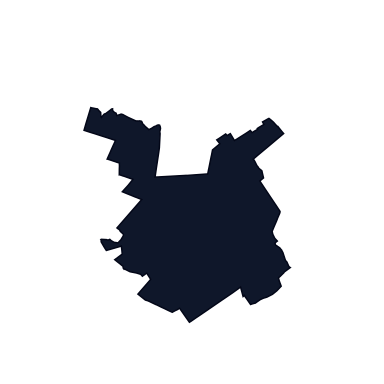 outline of Conkal, Yucatán, Mexico, rotated 229°
{"feature_id": "50627088B39566324417848", "entity_name": "Conkal", "entity_type": "district", "adm_level": 2, "iso_a3": "MEX", "parent_name": "Mexico", "parent_adm1": "Yucatán", "projection": "orthographic", "projection_center": [-89.502, 21.075], "detail": "fine", "context": "isolated", "style": "filled", "palette": "ink", "viewbox_px": 384, "rotation_deg": 229, "n_neighbors": 0, "source": "geoboundaries", "source_scale": "gbopen_adm2", "svg_char_len": 4324}
<svg xmlns="http://www.w3.org/2000/svg" viewBox="0 0 384 384"><g transform="rotate(229 192 192)"><path d="M204.1,89.0L197.5,103.2L194.4,101.1L190.9,98.6L191.6,89.3L181.1,91.2L179.8,90.2L178.5,90.1L178.6,90.4L172.5,92.9L168.0,96.4L168.0,96.5L163.5,99.3L161.0,99.3L160.9,100.5L160.7,102.1L160.7,102.7L160.7,103.3L160.6,103.9L160.6,104.5L160.4,104.6L153.6,103.6L153.4,103.6L153.3,103.3L153.1,103.2L150.4,84.2L149.3,84.4L146.1,85.0L141.1,85.9L138.7,87.4L137.4,88.0L130.9,90.8L130.0,91.3L126.0,93.0L125.7,93.1L122.4,94.6L117.7,96.6L114.2,98.2L113.5,101.5L113.4,101.7L112.7,104.2L112.6,105.8L112.4,106.4L103.1,105.4L95.4,104.6L95.1,106.4L94.7,110.1L94.5,112.1L94.2,114.4L94.0,116.0L93.1,123.6L90.7,144.6L90.6,145.4L89.3,156.4L88.4,166.3L79.6,162.0L79.6,162.8L79.7,163.6L77.1,163.3L74.9,163.1L68.7,162.4L68.2,163.7L67.1,166.0L66.6,166.9L66.4,169.2L66.0,172.9L65.0,176.3L64.2,178.0L63.5,179.6L62.9,182.0L62.0,185.6L61.8,191.2L62.2,195.4L62.4,197.5L64.2,198.2L66.1,198.9L68.3,199.8L70.4,200.9L70.5,201.2L70.5,203.3L70.7,206.1L70.8,208.2L71.1,209.2L70.5,216.6L71.5,216.3L72.5,216.3L77.0,217.7L78.2,217.6L79.3,217.8L79.7,217.9L86.8,220.9L88.5,221.2L89.1,221.5L90.9,221.5L92.0,221.6L93.8,221.2L94.6,220.9L95.9,220.7L97.0,220.2L99.0,221.1L99.1,222.2L99.0,224.2L102.8,224.1L107.3,225.3L107.7,225.6L109.7,226.6L112.0,231.2L113.2,233.7L113.9,235.2L115.1,237.6L116.1,239.4L117.0,241.3L117.9,243.2L118.4,244.2L119.0,245.1L119.3,245.4L119.4,245.5L119.6,245.7L121.6,246.0L121.8,246.0L127.7,246.8L127.9,246.8L135.7,247.8L135.9,247.8L142.0,248.6L146.8,249.2L155.8,250.4L155.7,255.2L157.8,256.3L161.0,258.0L162.0,258.6L162.7,258.6L165.9,258.0L166.6,258.1L167.6,258.3L169.3,258.3L173.9,259.5L174.7,259.6L175.4,259.8L176.7,259.7L176.6,262.2L176.6,265.3L176.5,270.7L176.4,275.8L176.3,280.4L176.2,286.9L176.0,299.5L178.2,299.5L180.9,299.6L182.8,299.7L183.0,299.7L183.4,299.7L183.6,299.7L183.8,299.7L184.7,299.8L185.1,299.8L185.1,299.5L185.6,299.5L185.9,299.4L189.1,299.3L189.4,299.3L191.1,299.3L194.2,298.9L197.0,298.4L197.2,298.1L198.6,291.2L195.8,290.6L196.8,285.1L197.1,282.9L196.2,282.7L196.9,279.4L197.4,276.3L200.2,276.4L200.8,271.6L202.6,259.9L203.0,257.8L210.9,259.2L211.6,255.5L213.7,255.5L214.6,248.2L214.7,247.4L214.9,246.2L215.1,244.9L210.1,244.7L210.3,235.1L206.5,230.3L206.5,230.2L198.3,219.6L198.2,219.4L195.3,215.7L195.6,215.3L195.7,215.2L207.4,199.6L207.6,199.3L207.9,199.0L208.2,198.7L217.5,186.7L222.4,180.4L225.1,176.9L227.5,173.9L233.7,181.1L242.8,191.8L246.7,196.3L257.0,206.2L258.7,207.3L259.9,209.0L260.6,209.9L262.0,210.8L263.7,211.4L264.7,210.6L265.3,209.4L265.4,208.3L266.2,206.3L266.6,203.2L267.4,200.3L268.1,200.3L272.3,199.7L274.4,199.7L276.0,199.5L277.3,200.1L278.5,200.3L280.0,199.2L280.6,198.3L282.4,196.3L290.3,192.7L294.2,191.2L295.9,190.6L297.3,189.6L297.9,188.0L299.0,185.4L299.5,185.6L301.3,186.4L302.6,185.8L304.2,185.5L305.5,185.6L306.6,186.3L306.9,186.6L307.4,185.7L307.4,184.0L307.8,178.2L308.4,177.0L308.3,175.9L307.7,172.5L308.5,172.7L310.6,174.2L312.0,175.3L314.6,175.1L316.7,175.2L318.1,174.0L320.6,172.1L321.1,171.6L322.1,171.0L313.1,156.7L309.4,151.0L304.4,154.0L301.0,156.1L300.4,156.5L293.9,160.4L293.4,160.7L288.5,163.7L281.1,168.1L280.7,167.2L279.7,165.1L278.6,162.6L277.9,161.1L276.8,158.7L276.3,157.7L275.1,155.2L274.4,153.6L274.3,153.4L274.2,153.2L273.5,151.7L272.5,149.6L272.4,149.7L271.3,150.4L268.3,152.2L267.9,152.4L266.9,153.0L264.9,154.2L264.3,154.5L263.8,154.8L263.3,155.1L262.7,155.5L261.5,156.2L260.8,155.6L260.6,155.4L260.4,155.2L260.1,155.0L259.0,154.1L257.2,152.4L252.7,148.4L252.6,148.6L252.2,148.8L251.9,149.0L251.6,149.2L251.4,149.3L251.1,149.5L250.7,149.7L250.2,150.0L249.9,150.2L249.6,150.3L249.3,150.5L248.9,150.8L247.9,151.4L241.9,154.8L240.3,155.8L240.2,155.7L239.8,153.0L238.9,147.9L238.6,145.3L238.3,142.7L237.9,139.6L232.5,142.3L231.8,142.7L230.7,143.2L229.7,143.8L228.6,144.3L227.2,145.0L225.8,145.7L224.4,146.5L223.0,147.2L220.5,148.5L219.3,149.1L214.1,111.8L212.8,112.0L211.7,112.4L210.6,112.4L209.6,112.1L207.9,112.2L205.9,112.5L204.9,112.4L203.9,111.2L203.4,109.5L202.9,107.9L202.6,107.4L202.4,104.9L202.3,104.3L202.2,102.6L203.2,101.9L204.0,101.2L205.1,100.2L205.6,100.0L208.3,99.1L210.2,98.9L210.8,97.0L212.0,96.4L215.8,92.5L215.9,92.1L215.5,92.1L214.7,91.3L213.8,90.7L208.7,89.7L205.6,89.2L204.1,89.0Z" fill="#0f172a" stroke="#020617" stroke-width="1.5"/></g></svg>